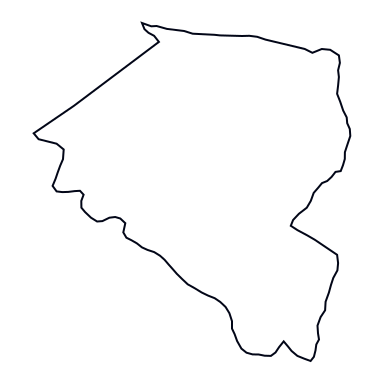 outline of Buriti do Tocantins, Tocantins, Brazil
{"feature_id": "56859067B91064874874121", "entity_name": "Buriti do Tocantins", "entity_type": "district", "adm_level": 2, "iso_a3": "BRA", "parent_name": "Brazil", "parent_adm1": "Tocantins", "projection": "natural_earth1", "projection_center": [-48.13, -5.348], "detail": "fine", "context": "isolated", "style": "outline", "palette": "ink", "viewbox_px": 384, "rotation_deg": 0, "n_neighbors": 0, "source": "geoboundaries", "source_scale": "gbopen_adm2", "svg_char_len": 1664}
<svg xmlns="http://www.w3.org/2000/svg" viewBox="0 0 384 384"><path d="M310.6,361.0L313.9,356.8L315.5,350.4L316.3,344.5L319.0,339.5L318.0,333.3L317.5,325.6L320.6,317.1L325.1,310.3L325.6,301.7L328.9,292.6L331.0,284.9L333.3,277.9L337.4,270.4L338.1,263.1L337.1,254.8L314.7,239.7L307.3,235.4L297.4,230.1L290.8,225.8L293.1,220.0L298.9,213.8L306.8,207.7L310.8,200.9L313.7,192.9L318.3,187.6L322.0,183.1L327.2,181.0L331.6,176.9L335.5,171.9L340.7,171.1L343.0,165.2L344.8,159.0L344.9,152.2L347.5,144.3L350.3,136.0L349.8,129.0L347.2,123.2L346.7,117.4L343.2,110.6L340.2,101.7L337.1,93.8L338.1,85.5L338.9,77.0L338.1,70.3L339.9,62.9L338.9,55.4L330.2,49.8L321.8,49.0L312.4,52.8L304.8,49.0L265.5,39.6L257.2,36.8L249.3,35.8L242.1,36.0L220.0,35.4L214.5,34.8L192.7,33.7L184.1,31.0L166.9,28.9L156.6,26.0L151.3,26.3L142.0,23.0L144.5,29.2L148.5,32.8L154.1,35.8L158.9,41.9L73.8,105.9L33.7,133.3L38.6,139.2L56.6,143.7L63.7,149.5L63.0,159.2L60.2,165.7L57.7,172.5L55.6,178.7L52.6,185.9L56.6,191.4L62.3,192.1L68.3,191.9L74.7,191.1L80.0,190.8L83.6,194.7L81.3,200.9L81.4,207.7L85.0,212.0L91.0,217.7L97.1,221.5L102.4,221.1L109.4,217.7L115.2,217.0L120.3,218.5L125.3,223.2L123.3,232.4L126.4,237.7L131.2,240.1L136.8,243.3L142.0,247.4L147.5,249.9L154.2,252.1L160.0,255.7L164.6,259.8L168.7,264.6L172.9,269.3L176.8,273.8L182.4,279.3L187.7,284.3L194.5,288.1L201.7,292.5L208.1,295.6L214.7,298.2L220.3,302.0L225.6,307.0L229.4,313.2L232.0,321.2L232.0,328.6L234.6,334.1L237.1,341.0L241.4,348.6L246.5,352.7L252.6,354.4L258.7,354.5L264.6,355.7L270.9,355.9L275.5,352.5L279.1,347.1L283.7,341.4L288.0,346.5L291.6,351.0L297.4,355.9L304.3,358.7L310.6,361.0Z" fill="none" stroke="#020617" stroke-width="2"/></svg>